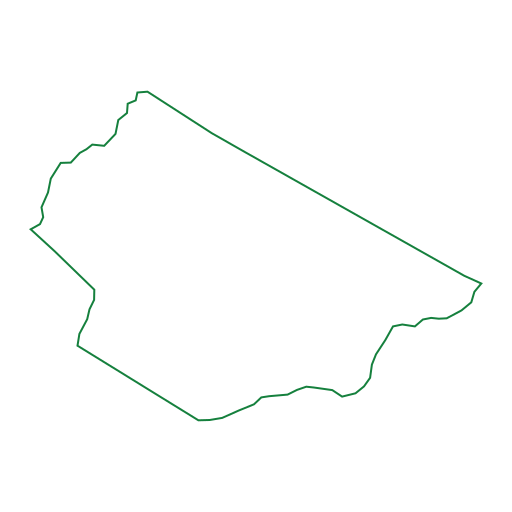 Itaquitinga, Pernambuco, Brazil (Robinson projection)
{"feature_id": "56859067B86839923199857", "entity_name": "Itaquitinga", "entity_type": "district", "adm_level": 2, "iso_a3": "BRA", "parent_name": "Brazil", "parent_adm1": "Pernambuco", "projection": "robinson", "projection_center": [-35.032, -7.681], "detail": "fine", "context": "isolated", "style": "outline", "palette": "green", "viewbox_px": 512, "rotation_deg": 0, "n_neighbors": 0, "source": "geoboundaries", "source_scale": "gbopen_adm2", "svg_char_len": 826}
<svg xmlns="http://www.w3.org/2000/svg" viewBox="0 0 512 512"><path d="M30.7,229.3L54.5,251.1L94.3,289.7L94.1,299.9L89.5,309.3L87.2,319.2L79.4,333.9L77.5,345.7L198.4,420.3L209.7,420.0L222.2,417.9L238.8,410.5L254.0,404.3L261.3,397.4L269.1,396.2L287.6,394.6L297.0,389.9L306.3,386.7L313.8,387.5L332.3,390.1L342.1,396.6L355.5,393.3L364.0,386.4L370.1,377.8L371.9,364.6L376.0,354.3L385.3,340.1L393.0,326.4L402.3,324.5L414.9,326.4L422.9,319.5L431.1,317.9L438.8,318.7L446.7,318.3L461.5,310.4L471.3,302.3L474.4,291.8L481.3,283.5L464.3,275.8L245.0,152.1L211.8,133.2L147.5,91.7L137.4,92.5L135.7,100.4L127.7,103.7L127.0,113.0L118.3,120.0L115.5,133.9L104.2,145.8L92.3,144.6L86.5,149.2L79.8,152.9L70.8,162.6L60.7,162.9L50.8,178.6L48.0,192.5L41.5,207.3L43.2,217.2L40.0,224.1L30.7,229.3Z" fill="none" stroke="#15803d" stroke-width="2"/></svg>